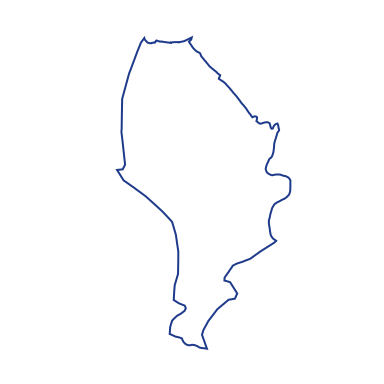 outline of Bani Hushaysh, Sana'a, Yemen, rotated 107°
{"feature_id": "15242507B83283859623898", "entity_name": "Bani Hushaysh", "entity_type": "district", "adm_level": 2, "iso_a3": "YEM", "parent_name": "Yemen", "parent_adm1": "Sana'a", "projection": "mercator", "projection_center": [44.331, 15.453], "detail": "fine", "context": "isolated", "style": "outline", "palette": "blue", "viewbox_px": 384, "rotation_deg": 107, "n_neighbors": 0, "source": "geoboundaries", "source_scale": "gbopen_adm2", "svg_char_len": 5760}
<svg xmlns="http://www.w3.org/2000/svg" viewBox="0 0 384 384"><g transform="rotate(107 192 192)"><path d="M58.7,282.6L64.0,284.5L70.0,285.0L73.0,285.3L86.6,286.1L90.0,286.3L97.3,286.8L123.4,286.0L136.4,282.3L153.0,277.5L154.5,277.3L156.9,276.3L163.7,273.3L170.0,270.6L177.5,267.4L185.4,264.0L190.6,264.9L190.8,265.4L191.6,267.3L192.8,270.1L194.2,268.5L200.9,260.8L202.4,256.1L203.6,252.5L204.7,249.0L205.9,245.8L207.5,241.1L209.7,234.9L215.2,223.1L219.2,214.7L224.3,205.8L226.4,202.3L228.5,200.9L237.5,195.0L240.0,193.8L246.0,191.0L249.1,189.5L253.2,187.6L264.2,184.3L264.7,184.2L274.4,181.4L285.1,181.3L286.1,181.3L290.6,180.3L292.0,180.0L300.6,177.9L301.8,173.7L302.3,171.8L302.8,165.6L305.1,163.9L306.3,164.1L306.5,164.2L307.9,164.4L311.8,167.2L314.6,170.0L317.2,171.5L320.2,173.1L320.7,173.4L327.4,173.4L334.3,171.8L334.3,171.5L335.1,165.5L334.8,161.7L335.0,158.8L336.3,157.8L337.9,156.3L339.2,153.9L339.7,151.3L339.1,148.9L338.1,147.3L337.7,145.2L337.7,143.9L337.9,141.5L338.5,139.6L338.4,137.3L337.7,133.6L337.5,131.9L325.6,140.7L320.5,140.7L310.4,138.6L307.8,137.6L296.7,133.5L289.9,129.1L284.7,125.7L284.4,125.6L281.5,119.8L278.2,119.4L275.8,119.1L267.1,129.2L267.1,132.2L267.2,135.1L264.3,135.8L258.2,133.8L257.8,133.6L255.9,133.1L253.5,132.3L251.8,131.8L250.6,131.5L247.7,128.6L246.5,127.0L244.1,123.5L241.7,120.5L239.0,117.0L237.9,116.1L233.3,112.6L230.6,110.5L229.6,109.8L225.8,106.6L220.0,101.6L215.9,98.2L214.1,97.2L213.9,97.7L213.6,98.6L213.4,99.4L213.1,100.2L212.7,101.1L211.9,102.2L211.4,102.8L210.8,103.6L210.1,104.1L209.1,104.7L208.3,105.1L207.1,105.7L206.4,106.1L205.1,106.6L203.9,107.2L202.8,107.7L202.1,108.1L201.3,108.5L200.5,108.9L199.4,109.3L198.5,109.6L197.6,109.9L196.7,110.2L195.7,110.2L194.8,110.2L194.1,110.2L193.9,110.2L192.9,110.3L192.0,110.4L191.1,110.5L190.1,110.6L189.1,110.6L187.3,110.6L186.4,110.6L185.6,110.6L184.7,110.7L183.7,110.6L182.8,110.4L181.9,110.2L181.1,109.9L180.3,109.8L179.5,109.5L179.0,109.2L178.8,109.1L178.4,108.7L178.1,108.4L177.3,107.8L176.6,107.1L176.1,106.5L176.0,106.4L175.3,105.7L174.5,104.9L174.4,104.8L173.9,104.3L173.0,103.5L172.4,102.8L171.7,102.0L171.7,101.9L170.9,101.2L170.1,100.6L169.3,100.0L168.6,99.7L167.8,99.2L167.0,98.8L166.2,98.5L165.3,98.3L164.5,98.3L163.6,98.3L162.4,98.4L161.4,98.6L160.6,98.8L159.7,99.1L158.8,99.4L157.9,99.5L156.6,100.0L155.7,100.2L154.6,100.6L153.8,100.8L153.0,101.0L152.2,101.3L151.5,102.0L150.9,102.6L150.8,102.8L150.4,103.3L150.0,104.1L149.8,105.1L149.6,106.1L149.5,106.9L149.5,107.9L149.7,108.8L149.7,109.7L149.7,110.6L149.7,111.4L149.6,112.2L149.6,112.8L149.6,113.1L149.9,114.0L150.0,114.4L150.1,114.7L150.1,114.9L150.4,115.7L150.6,116.5L151.0,117.4L151.5,118.3L151.9,119.1L152.4,119.8L152.6,120.6L152.6,121.6L152.4,122.7L152.3,123.6L152.0,124.6L151.6,125.7L151.0,126.4L150.2,127.1L149.4,127.7L148.6,128.2L147.7,128.4L146.9,128.4L145.8,128.5L144.9,128.5L144.1,128.5L143.0,128.4L142.0,128.2L141.0,128.0L140.2,128.0L139.3,127.8L138.4,127.8L137.4,127.5L136.7,127.0L136.0,126.4L135.2,126.1L134.3,126.0L133.4,125.8L130.2,125.8L129.3,125.9L128.5,126.1L127.7,126.2L126.6,126.4L125.3,126.6L124.2,127.0L123.3,127.1L122.3,127.3L121.6,127.5L120.7,127.6L119.9,127.6L118.9,127.6L118.1,127.6L117.1,127.6L110.1,127.6L109.3,127.3L108.5,127.0L107.7,126.8L106.9,126.9L106.7,127.1L105.9,127.6L105.6,127.8L105.2,128.1L104.6,128.3L104.4,128.4L103.6,128.8L102.8,129.2L102.2,129.7L101.6,130.4L101.8,130.6L102.1,131.2L102.7,131.8L103.4,132.3L104.1,132.7L105.0,133.0L105.9,133.2L106.8,133.2L107.7,133.3L108.2,134.1L107.9,134.9L107.4,135.5L106.6,135.9L105.8,136.5L105.1,136.9L104.1,137.5L103.5,138.0L103.4,138.9L103.2,139.8L103.3,140.7L103.7,141.5L104.1,142.4L104.4,143.1L104.9,143.8L105.3,144.5L106.0,145.2L106.4,146.0L106.7,146.8L106.7,147.8L106.4,148.5L106.1,149.4L105.7,150.2L105.4,151.1L103.6,151.2L101.6,151.6L101.2,152.2L101.1,153.2L101.3,154.2L102.9,156.1L102.3,156.9L101.7,157.8L101.1,158.4L100.6,159.2L99.8,160.4L99.2,161.2L99.0,161.4L98.5,162.1L97.9,162.8L97.4,163.4L96.8,164.1L95.9,165.2L95.5,165.9L94.9,166.8L94.4,167.5L93.9,168.3L93.5,169.0L92.9,170.0L92.4,170.8L91.9,171.5L91.3,172.1L91.2,172.3L87.7,177.1L87.1,178.0L86.7,178.7L86.2,179.5L85.8,180.2L85.3,181.0L84.9,181.7L84.1,182.8L83.6,183.5L83.1,184.3L82.5,185.2L82.0,185.9L81.5,186.7L80.8,187.9L80.4,188.7L80.3,188.8L79.7,189.9L79.2,190.6L78.7,191.4L78.2,192.3L77.7,193.5L77.4,194.3L77.3,194.5L77.2,195.1L76.9,195.9L76.7,196.8L76.4,197.7L76.1,198.8L75.9,199.5L75.7,199.5L75.2,199.5L72.9,199.2L72.1,199.2L71.7,200.3L71.3,201.5L71.0,202.2L70.8,202.5L70.3,203.3L70.1,203.7L70.0,204.1L69.5,205.1L69.3,205.8L68.5,207.7L68.2,208.3L68.2,208.5L67.8,209.4L67.2,210.7L67.0,211.3L66.6,212.1L66.2,212.7L65.6,213.5L65.3,214.0L64.6,215.0L64.1,215.8L63.6,216.5L63.3,216.9L62.7,218.0L62.3,218.6L61.7,219.4L61.3,220.1L61.2,220.2L60.8,220.8L60.5,221.2L59.7,222.5L59.3,222.9L59.3,223.0L58.9,223.4L58.8,223.5L58.1,223.9L57.9,224.0L57.4,224.4L57.3,224.5L57.0,224.9L56.8,225.3L56.6,226.1L56.6,226.4L56.5,226.7L56.5,227.2L56.4,227.6L56.3,228.1L56.0,229.2L55.9,229.3L55.8,229.6L55.7,229.8L55.6,230.0L55.3,230.6L55.2,230.9L54.4,232.2L54.3,232.4L53.9,233.0L53.8,233.3L52.6,234.7L52.3,235.1L52.2,235.2L51.9,235.6L50.9,236.8L50.3,237.6L49.6,238.4L49.1,238.9L48.8,238.7L48.3,238.4L47.8,238.1L47.5,237.8L47.1,237.6L46.9,237.6L46.0,237.3L45.6,237.3L45.4,237.3L44.6,237.5L44.3,237.5L46.8,240.1L50.1,243.7L52.7,248.4L52.5,248.5L54.2,253.7L54.3,254.0L54.8,254.7L54.9,254.8L55.0,255.0L55.1,255.9L55.6,255.8L57.1,265.2L57.0,265.3L57.1,265.5L57.4,266.2L57.5,266.6L57.6,266.9L57.6,267.1L57.5,267.9L57.5,270.3L57.9,270.6L58.6,270.6L58.9,270.9L59.4,270.9L59.6,271.3L60.1,271.3L60.7,273.3L60.9,273.5L61.2,274.1L61.5,274.1L61.8,275.0L62.1,275.9L62.1,278.3L61.9,278.6L60.1,281.7L59.3,282.2L58.7,282.6Z" fill="none" stroke="#1e3a8a" stroke-width="2"/></g></svg>